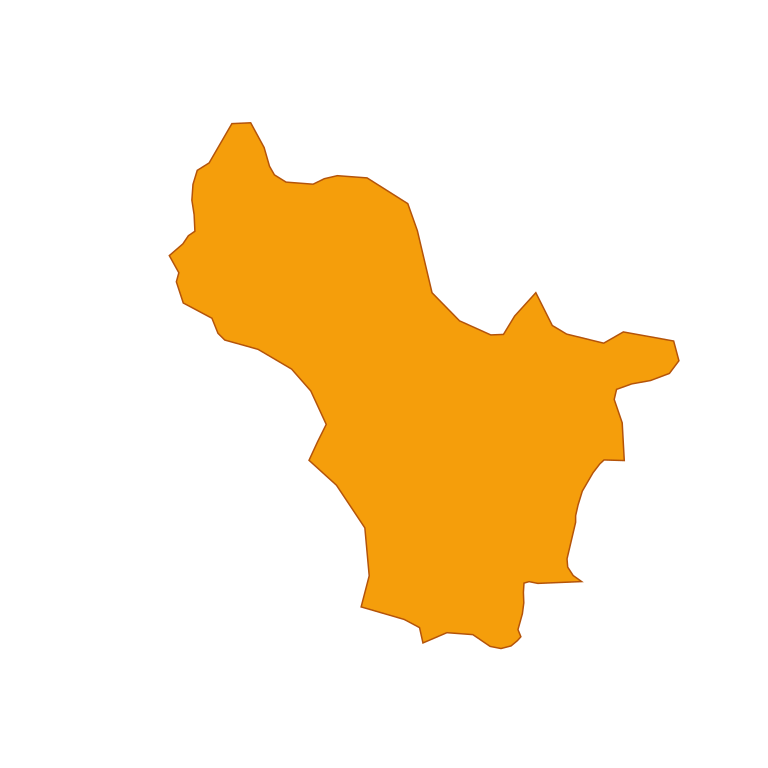 an SVG outline of Ljubljana, rotated 214°
{"feature_id": "SVN-962", "entity_name": "Ljubljana", "entity_type": "Statistical Region", "adm_level": 1, "iso_a3": "SVN", "parent_name": "Slovenia", "parent_adm1": "", "projection": "albers", "projection_center": [14.556, 46.06], "detail": "fine", "context": "isolated", "style": "filled", "palette": "amber", "viewbox_px": 768, "rotation_deg": 214, "n_neighbors": 0, "source": "natural_earth", "source_scale": "10m", "svg_char_len": 1191}
<svg xmlns="http://www.w3.org/2000/svg" viewBox="0 0 768 768"><g transform="rotate(214 384 384)"><path d="M655.7,514.8L640.6,526.0L615.6,513.0L600.7,500.5L591.8,496.1L578.1,496.6L554.5,510.0L548.3,520.8L539.2,530.6L513.3,545.4L465.1,546.8L442.0,529.7L395.2,486.5L356.7,478.6L322.9,484.4L312.7,491.9L313.7,513.4L309.2,544.6L277.2,526.6L260.5,527.5L224.7,540.7L214.7,561.0L167.9,581.6L152.5,568.2L153.3,552.4L165.0,535.9L178.7,522.6L188.2,509.6L184.5,499.9L164.8,485.0L142.0,454.9L159.1,444.1L160.4,438.5L161.1,427.4L159.7,406.1L155.5,392.3L151.5,382.0L147.8,376.5L134.5,341.4L129.3,334.9L120.1,331.0L109.7,330.7L145.0,304.7L153.2,301.3L156.6,297.2L151.9,289.2L145.7,280.7L140.8,270.9L135.6,255.3L129.2,251.0L129.9,245.8L132.2,237.9L139.1,230.1L149.3,225.8L170.2,225.9L192.8,213.0L206.9,191.1L218.3,201.9L235.6,200.1L278.3,186.4L289.0,216.7L319.4,254.0L366.8,273.5L403.5,278.8L406.8,299.2L409.3,318.2L440.8,337.3L468.9,344.7L507.8,342.3L540.6,331.4L550.0,333.2L563.4,342.3L595.7,338.9L613.3,352.6L616.3,361.5L633.8,370.4L629.1,387.7L629.1,397.6L626.2,404.9L636.1,418.2L646.1,429.0L654.0,442.7L658.3,456.7L652.6,469.5L655.7,514.8Z" fill="#f59e0b" stroke="#b45309" stroke-width="1.5"/></g></svg>